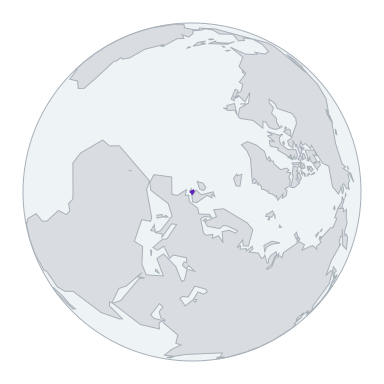 Devon highlighted on a globe, orthographic projection, rotated 98°
{"feature_id": "GBR-2048", "entity_name": "Devon", "entity_type": "Administrative County", "adm_level": 1, "iso_a3": "GBR", "parent_name": "United Kingdom", "parent_adm1": "", "projection": "orthographic", "projection_center": [-3.833, 50.73], "detail": "fine", "context": "on_globe", "style": "filled", "palette": "violet", "viewbox_px": 384, "rotation_deg": 98, "n_neighbors": 0, "source": "natural_earth", "source_scale": "10m", "svg_char_len": 10870}
<svg xmlns="http://www.w3.org/2000/svg" viewBox="0 0 384 384"><g transform="rotate(98 192 192)"><circle cx="192" cy="192" r="169" fill="#eef3f6" stroke="#a8b0b8"/><path d="M35.0,254.4L28.0,231.8L28.3,228.7L27.3,223.2L30.5,222.3L31.0,211.4L30.2,207.3L28.6,207.6L27.3,191.9L28.6,181.5L33.9,137.6L36.5,130.7L39.7,125.1L57.9,95.9L42.4,117.6L46.3,109.8L52.6,100.3L52.9,101.0L62.1,90.0L67.9,82.7L81.1,72.1L95.3,67.6L91.2,70.8L95.1,69.7L100.5,65.7L103.1,63.4L123.9,56.6L142.8,47.5L145.9,43.4L147.5,45.6L151.5,37.3L159.9,33.1L152.1,38.7L152.7,40.1L159.3,37.5L161.3,38.4L165.6,37.8L167.4,39.3L162.7,42.9L163.8,44.0L168.4,42.1L173.1,42.7L166.2,45.2L173.7,46.5L167.3,53.5L147.3,60.3L145.4,66.6L129.2,80.2L132.4,80.6L128.3,86.5L130.4,89.2L126.8,91.3L131.6,91.8L134.5,89.4L137.6,88.9L139.1,90.4L134.8,93.2L133.4,92.8L132.9,94.5L130.1,95.3L132.4,95.7L126.9,99.1L134.5,98.1L132.0,102.8L127.8,104.4L125.4,101.2L109.8,98.1L104.9,99.4L100.2,104.1L97.4,119.2L93.1,122.1L89.3,128.4L92.9,128.0L97.2,123.1L103.0,124.2L107.6,118.4L110.6,118.2L116.4,113.8L118.5,117.9L117.5,124.4L112.7,128.4L112.1,131.5L119.0,130.7L112.6,141.4L112.5,154.5L110.5,157.1L102.2,156.3L96.1,148.4L85.4,148.6L95.3,152.1L90.1,159.1L90.6,162.0L92.6,163.9L95.7,162.8L94.6,166.1L84.3,163.5L85.2,160.4L88.5,161.2L85.5,157.6L78.6,156.6L76.5,160.5L68.2,155.7L66.6,158.6L64.0,159.3L67.0,155.0L61.3,162.9L51.3,160.4L43.3,174.0L47.9,158.6L47.5,152.5L46.3,146.6L44.9,148.7L45.3,139.0L42.3,135.7L36.2,142.7L32.2,153.0L32.3,162.6L34.6,161.2L35.9,167.1L30.1,173.5L31.7,186.7L28.7,193.7L28.5,201.3L30.5,205.9L32.3,213.7L35.2,213.1L39.1,217.0L37.5,223.8L41.0,221.3L42.3,228.1L51.1,240.1L50.0,240.7L57.2,258.6L67.8,272.3L70.2,279.4L68.7,281.0L73.0,285.3L73.1,287.2L92.5,302.9L104.4,313.3L105.3,319.1L98.0,320.7L97.4,328.7L85.9,322.6L87.1,324.4L86.7,324.1L77.2,315.9L68.3,307.1L60.1,297.6L52.6,287.5L45.9,276.9L40.1,265.9L35.0,254.4ZM40.7,177.5L42.8,196.2L39.3,189.7L40.4,190.0L40.3,184.3L39.5,176.0L37.1,170.8L40.7,177.5ZM46.8,176.4L46.2,173.7L47.1,175.9L46.8,176.4ZM104.0,62.3L100.4,65.5L94.7,69.0L97.5,66.1L104.0,62.3ZM115.0,56.7L113.9,58.2L109.6,58.9L111.6,57.7L115.0,56.7ZM147.7,40.4L144.4,42.1L146.9,40.2L147.7,40.4ZM165.9,37.5L166.2,36.8L168.3,36.8L165.9,37.5ZM114.9,111.9L115.6,112.8L114.2,113.1L114.9,111.9ZM116.7,109.1L114.5,108.8L115.0,107.5L116.4,107.7L116.7,109.1ZM173.0,39.1L176.4,39.6L172.2,39.7L173.0,39.1ZM119.3,109.8L116.2,105.2L117.2,103.0L123.2,101.9L119.3,109.8ZM177.8,40.2L185.9,41.5L187.2,39.9L187.9,45.3L180.8,42.3L175.4,42.6L178.2,41.4L177.8,40.2ZM134.8,88.0L131.8,90.6L132.9,87.1L134.8,88.0ZM134.7,85.9L133.7,76.5L138.9,73.6L138.2,77.3L143.8,72.7L146.8,75.9L144.4,79.1L140.5,80.3L144.6,80.7L134.7,85.9ZM187.0,48.3L188.3,49.3L186.1,49.0L187.0,48.3ZM138.9,88.4L138.2,86.7L142.7,84.0L144.8,87.1L142.7,86.9L138.9,88.4ZM143.8,70.0L147.5,68.7L150.9,70.9L152.8,70.8L147.3,75.7L143.8,70.0ZM142.5,88.3L145.8,88.7L145.1,91.4L139.9,90.0L142.5,88.3ZM142.9,82.1L145.2,81.0L144.6,82.6L142.9,82.1ZM144.4,101.5L143.5,99.2L145.8,97.6L144.4,101.5ZM147.1,88.7L147.3,87.8L148.1,87.0L150.1,87.8L147.1,88.7ZM150.2,77.0L150.8,78.3L152.6,75.1L155.3,76.8L151.1,79.9L154.0,79.2L154.8,79.8L150.5,81.7L150.2,77.0ZM154.5,86.2L150.1,91.0L151.3,95.5L149.4,97.0L147.8,89.6L154.5,86.2ZM152.6,83.4L153.3,85.5L150.5,86.2L148.2,85.2L152.6,83.4ZM158.6,76.9L155.5,73.5L156.5,73.0L158.6,76.9ZM155.4,87.4L156.4,86.2L155.8,87.6L155.4,87.4ZM158.2,79.9L157.0,78.7L158.2,78.1L158.2,79.9ZM159.5,85.0L158.1,86.4L156.5,85.8L159.5,85.0ZM159.4,82.5L161.3,82.0L156.8,84.6L158.6,82.1L159.4,82.5ZM159.5,79.5L159.8,78.8L159.9,80.1L159.5,79.5ZM166.3,86.8L161.0,90.3L157.5,88.7L163.2,85.5L166.3,86.8ZM351.1,135.0L351.5,136.6L353.5,142.5L354.5,145.7L353.6,142.8L350.7,137.0L352.8,144.9L350.9,140.9L347.1,139.6L349.2,151.1L353.7,175.5L357.2,186.9L357.4,196.6L350.5,190.0L345.0,181.6L344.0,187.0L335.6,186.1L325.4,202.3L322.6,200.8L321.0,205.4L314.9,207.8L310.1,204.9L307.0,208.6L319.4,215.9L322.5,211.8L323.3,202.7L326.3,206.5L332.1,205.1L330.5,224.5L313.2,255.1L309.3,247.4L284.7,232.1L284.3,228.4L284.1,228.1L283.6,227.6L283.6,234.0L278.7,230.3L294.2,243.9L297.7,251.0L313.0,255.9L312.1,258.3L316.3,257.9L327.3,243.2L327.8,246.2L324.0,265.2L306.9,296.0L308.0,303.9L304.6,312.2L291.2,324.4L289.7,328.1L282.3,333.3L280.1,335.5L272.6,340.2L261.3,346.1L244.9,352.2L246.0,351.3L241.1,350.8L235.2,343.4L241.6,336.3L241.0,331.6L228.9,321.7L231.8,313.2L228.0,310.4L220.5,312.6L215.8,309.0L211.1,309.5L179.8,314.0L169.0,307.9L153.0,287.7L157.8,280.2L156.4,270.3L187.0,235.6L196.0,237.3L223.0,228.3L226.8,228.9L226.4,237.9L248.8,242.2L252.8,233.3L270.4,231.6L280.4,225.8L279.1,208.6L262.8,217.6L257.2,211.5L268.1,197.7L282.0,189.8L280.3,187.2L269.3,186.1L270.1,178.4L265.2,185.2L268.9,186.8L265.9,191.2L262.3,190.1L262.7,187.3L257.9,188.3L257.0,201.8L260.7,204.8L249.5,212.3L254.5,218.2L252.3,222.9L242.9,214.6L242.0,210.4L226.4,202.7L226.3,207.7L241.0,215.5L237.5,215.7L237.4,223.1L234.6,217.7L218.6,208.4L206.9,213.8L196.0,233.0L188.3,235.1L180.1,232.1L180.0,214.2L197.2,211.6L197.4,205.8L190.5,198.0L196.3,198.1L195.6,194.8L201.8,193.4L207.1,184.2L212.8,182.1L211.7,171.6L214.5,169.2L214.3,176.0L217.3,179.8L231.2,174.8L232.9,171.8L231.1,165.5L235.1,165.2L231.5,159.8L237.9,154.2L227.1,156.6L224.7,149.9L226.7,143.0L224.0,141.4L220.6,152.6L221.0,156.7L224.4,159.5L223.8,171.9L219.7,175.2L213.0,164.3L206.5,168.0L204.2,158.3L214.8,133.2L220.9,126.5L237.7,128.7L238.2,133.7L232.3,135.2L240.7,139.6L238.6,136.5L242.0,136.3L240.4,130.3L242.8,129.9L237.4,124.9L240.0,123.8L243.4,127.0L243.4,117.6L248.1,114.0L247.0,112.1L244.5,111.1L252.1,107.6L250.9,106.3L248.0,107.0L243.8,105.0L239.3,100.4L242.2,99.4L244.2,100.9L252.7,103.0L257.6,107.6L258.3,106.7L254.7,102.6L244.4,100.0L240.9,97.5L245.8,98.0L243.7,97.6L242.9,96.1L244.7,93.8L239.3,93.0L226.2,78.8L228.5,73.3L234.3,75.0L228.2,65.2L231.2,60.5L228.5,61.0L223.8,57.1L222.7,58.5L221.1,58.5L208.3,50.0L207.6,47.5L199.0,45.1L197.6,45.5L197.7,47.1L187.9,45.3L187.2,39.9L190.4,39.3L187.8,36.6L195.5,35.8L200.6,34.2L210.5,35.4L213.7,34.3L212.3,33.4L215.6,31.5L227.3,31.2L224.1,35.3L207.8,38.0L215.0,37.1L215.2,38.6L218.9,39.1L223.8,38.5L223.2,37.6L240.6,44.5L256.1,47.7L250.5,43.6L251.0,41.7L263.8,43.4L289.5,57.1L290.5,56.1L293.2,57.6L298.3,61.8L294.5,59.6L296.0,61.9L293.0,60.2L299.9,66.6L295.9,64.6L303.2,70.9L304.8,70.8L300.2,65.6L308.2,72.4L308.7,70.8L313.2,74.5L327.3,90.8L335.0,102.2L336.4,104.4L337.2,106.2L341.7,114.3L342.7,115.6L351.1,135.0ZM179.5,254.6L179.4,257.8L179.5,254.6ZM299.0,189.1L305.8,182.9L298.8,176.2L300.9,173.4L297.8,172.3L298.3,175.8L290.1,172.1L291.6,166.4L288.8,162.9L286.3,164.8L284.8,176.1L296.6,181.2L296.7,186.7L299.0,189.1ZM51.5,240.4L52.3,243.2L50.8,241.3L51.5,240.4ZM37.6,191.5L38.6,194.4L38.8,196.9L37.8,195.1L37.6,191.5ZM48.9,213.8L50.6,217.3L48.3,214.9L48.9,213.8ZM43.3,198.9L47.5,211.3L43.1,207.2L40.7,199.5L43.1,203.2L43.3,198.9ZM43.9,179.2L44.2,181.4L43.3,182.1L43.9,179.2ZM47.4,178.0L47.1,177.5L47.4,175.6L47.4,178.0ZM90.8,159.2L91.5,159.6L93.1,162.0L91.3,161.9L90.8,159.2ZM106.3,167.6L104.2,172.8L104.5,168.9L101.5,169.5L98.5,162.2L109.3,158.1L105.0,161.1L106.3,167.6ZM97.5,151.8L98.2,156.6L97.1,151.5L97.5,151.8ZM185.7,178.9L188.9,180.7L188.1,184.8L180.8,188.3L181.8,182.3L185.7,178.9ZM193.5,182.4L188.9,171.1L193.3,168.8L191.6,171.9L195.0,171.5L193.2,176.6L201.8,185.7L201.7,190.0L188.3,193.6L192.8,189.9L189.4,188.3L193.5,182.4ZM169.5,149.3L167.6,145.2L179.5,145.3L179.9,149.2L172.7,152.7L167.9,150.2L169.5,149.3ZM130.6,109.3L129.1,108.2L130.3,107.4L132.5,107.5L130.6,109.3ZM143.8,100.6L138.4,113.0L136.4,112.4L135.7,120.9L130.1,122.6L130.8,117.0L125.9,124.9L124.3,120.6L121.6,126.2L123.7,113.5L122.0,110.2L126.0,113.2L131.2,111.6L132.9,109.9L136.6,102.8L135.6,95.2L140.6,92.7L144.3,92.9L145.3,94.4L141.8,95.5L145.7,96.6L141.3,99.4L143.8,100.6ZM185.7,101.7L181.2,101.7L188.3,105.9L184.0,108.0L185.0,108.4L183.0,111.7L182.4,116.3L180.0,116.7L180.8,118.4L179.5,120.7L179.7,123.2L175.6,124.9L175.6,128.1L173.7,127.2L174.8,132.3L172.1,129.3L170.1,132.2L173.8,133.6L150.8,138.7L143.2,143.6L138.4,149.6L134.4,144.1L136.4,135.2L141.7,125.9L149.6,122.1L146.3,120.5L149.2,118.3L150.5,120.5L150.1,115.8L152.8,114.7L157.5,107.3L155.2,101.7L156.9,99.0L159.1,100.6L159.2,96.9L164.6,98.2L165.9,96.4L172.5,96.1L176.0,100.6L177.2,98.2L182.3,98.1L185.7,101.7ZM168.2,86.8L173.4,91.3L173.6,94.8L162.1,94.0L160.1,95.4L152.7,95.3L152.6,90.3L154.7,90.8L156.8,90.1L156.0,91.9L158.1,89.9L161.1,90.6L163.6,89.3L164.6,91.0L168.2,86.8ZM229.5,224.7L232.2,224.3L236.0,222.8L236.0,227.5L229.5,224.7ZM218.5,218.5L220.7,217.4L222.6,223.0L219.8,223.5L218.5,218.5ZM220.3,212.2L220.7,216.9L218.8,214.6L220.3,212.2ZM216.2,174.7L218.3,173.3L219.1,174.6L218.7,177.1L216.2,174.7ZM205.8,115.7L203.2,114.9L203.4,113.8L199.5,109.6L202.4,107.8L205.9,109.7L205.8,115.7ZM277.3,212.9L275.4,217.5L273.4,217.0L274.5,215.5L277.3,212.9ZM255.4,223.8L261.2,223.4L255.4,225.1L255.4,223.8ZM208.3,113.1L206.3,111.5L209.0,111.6L208.3,113.1ZM204.3,106.3L207.1,106.0L202.3,107.1L204.3,106.3ZM324.4,293.7L310.9,311.9L305.6,316.7L306.7,314.7L313.1,305.5L320.0,297.7L324.0,291.2L324.4,293.7ZM357.6,187.3L359.4,190.2L359.2,194.1L357.6,187.3ZM338.0,107.0L340.0,110.6L339.3,109.4L336.3,104.1L338.0,107.0ZM230.2,97.7L232.5,105.5L236.0,110.3L241.0,111.7L234.9,113.3L229.5,105.8L230.2,97.7ZM226.4,81.1L222.0,80.3L223.2,78.7L224.4,78.7L226.4,81.1ZM224.3,82.0L220.2,84.7L217.3,82.9L221.1,81.1L224.3,82.0ZM214.5,98.5L214.9,100.8L212.7,100.6L214.5,98.5ZM289.2,53.9L287.9,53.2L284.7,50.9L286.5,52.1L289.2,53.9ZM273.0,43.8L283.4,50.1L291.5,55.8L290.6,55.0L295.2,58.3L294.9,58.4L286.8,52.8L281.3,48.9L277.4,46.8L271.4,43.5L268.0,42.4L264.4,40.7L265.8,40.7L273.0,43.8ZM266.7,42.1L258.5,39.9L253.9,36.9L254.7,36.7L260.4,38.9L262.5,40.3L266.7,42.1ZM255.2,38.6L257.1,40.0L249.2,41.8L246.3,41.5L250.0,38.1L252.0,39.4L254.7,39.6L255.2,38.6ZM189.6,48.5L188.4,49.2L188.3,48.1L189.6,48.5ZM220.6,59.4L218.3,59.2L218.3,57.8L220.6,59.4ZM212.0,58.0L213.6,59.6L210.7,58.3L212.0,58.0ZM217.6,63.5L213.7,60.5L219.2,62.8L217.6,63.5Z" fill="#d9dde1" stroke="#a8b0b8" stroke-width="1"/><path d="M193.7,192.0L193.4,192.0L193.2,192.1L193.0,192.3L192.9,192.3L192.7,192.3L192.7,192.2L192.7,192.3L192.7,192.5L192.4,192.7L192.4,192.8L192.4,193.0L192.5,193.0L192.4,193.2L192.4,193.3L192.4,193.5L192.2,193.5L191.9,193.3L191.8,193.2L191.7,193.2L191.6,193.3L191.6,193.2L191.6,192.9L191.4,192.9L191.2,192.8L191.3,192.8L191.3,192.7L191.2,192.6L191.2,192.4L191.0,192.1L191.0,191.9L190.9,191.9L190.9,191.7L190.8,191.4L190.7,191.4L190.7,191.2L190.9,191.2L191.0,191.2L191.3,191.0L191.3,190.9L191.2,190.8L191.3,190.8L191.3,190.7L191.7,190.5L191.8,190.5L192.0,190.5L192.0,190.8L192.2,191.0L192.3,191.0L192.5,191.0L192.4,191.1L192.6,191.2L192.8,191.1L192.9,191.3L193.0,191.3L193.3,191.3L193.2,191.5L193.3,191.5L193.5,191.5L193.7,191.8L193.8,191.8L193.7,191.9L193.6,192.0L193.7,192.0ZM190.5,190.7L190.4,190.7L190.5,190.6L190.5,190.7Z" fill="#8b5cf6" stroke="#5b21b6" stroke-width="1.5"/></g></svg>